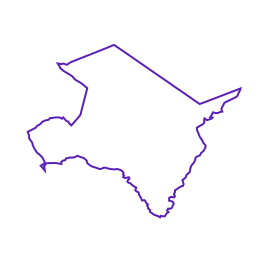 outline of Brejo da Madre de Deus, Pernambuco, Brazil, rotated 109°
{"feature_id": "56859067B57083131073603", "entity_name": "Brejo da Madre de Deus", "entity_type": "district", "adm_level": 2, "iso_a3": "BRA", "parent_name": "Brazil", "parent_adm1": "Pernambuco", "projection": "equal_earth", "projection_center": [-36.237, -8.078], "detail": "fine", "context": "isolated", "style": "outline", "palette": "violet", "viewbox_px": 256, "rotation_deg": 109, "n_neighbors": 0, "source": "geoboundaries", "source_scale": "gbopen_adm2", "svg_char_len": 2620}
<svg xmlns="http://www.w3.org/2000/svg" viewBox="0 0 256 256"><g transform="rotate(109 128 128)"><path d="M157.7,215.3L164.4,221.6L167.1,219.2L169.9,218.2L173.1,213.8L175.1,212.5L177.9,210.0L181.1,205.7L181.8,203.3L183.8,199.3L187.0,196.0L188.4,195.1L187.5,192.6L185.2,186.6L184.5,184.2L183.7,179.2L181.6,180.0L180.0,178.9L178.8,176.9L176.9,176.7L176.0,175.0L174.7,173.1L173.7,169.9L172.2,168.2L170.7,166.7L170.9,164.7L170.9,162.5L170.7,160.7L171.8,157.4L172.7,156.1L174.5,155.0L175.7,151.6L176.1,149.1L176.0,146.5L176.0,141.4L174.9,139.4L173.3,137.9L172.9,136.2L172.7,132.6L172.3,130.3L171.8,128.2L171.2,126.6L170.2,124.7L170.2,120.8L170.9,119.0L171.8,117.6L173.5,117.6L174.4,116.2L176.0,116.5L176.3,114.5L175.2,112.7L174.3,111.2L175.4,110.1L177.3,111.1L178.8,111.2L179.6,109.9L179.5,107.7L180.4,106.1L181.2,103.3L181.7,100.7L183.1,100.9L184.4,100.8L185.2,99.4L185.4,97.0L187.5,95.8L190.1,92.8L192.0,91.1L190.9,89.1L191.6,87.6L193.0,86.4L193.8,84.3L195.1,84.7L196.1,83.5L197.7,82.7L198.3,80.4L200.1,80.0L201.6,74.7L201.5,71.4L202.0,68.6L200.5,68.5L199.7,64.6L197.3,63.9L195.4,63.4L194.4,62.3L193.1,64.2L191.1,63.8L190.6,61.7L189.1,60.5L187.2,60.4L185.2,60.1L183.9,60.5L183.1,62.2L183.3,65.5L180.7,66.3L179.0,64.8L178.7,61.9L177.2,61.4L175.6,63.1L173.4,62.7L171.6,63.2L165.9,58.9L165.1,57.3L163.0,57.1L161.1,58.4L159.6,59.6L157.6,58.3L155.8,57.4L153.3,57.4L151.2,56.2L149.6,55.3L147.7,55.6L146.3,55.8L144.9,55.9L142.8,55.8L138.9,54.3L135.7,54.2L134.1,54.5L132.3,53.3L130.5,51.1L128.0,50.8L125.0,49.1L120.9,48.4L119.2,49.0L117.4,52.1L115.3,54.1L113.0,57.2L107.3,62.2L105.2,63.0L100.6,59.0L98.6,57.7L97.1,57.9L95.9,58.7L94.0,58.8L94.9,56.0L93.6,54.1L91.9,52.0L90.7,51.5L91.0,53.7L89.7,53.4L85.5,52.7L85.4,50.0L84.3,47.4L83.1,46.5L81.8,44.2L80.4,45.4L79.0,45.9L73.0,45.1L71.5,43.9L68.4,40.7L66.5,38.8L63.1,35.5L61.4,34.9L59.8,34.9L55.7,34.4L54.0,34.5L77.5,62.5L82.0,68.0L75.6,90.8L73.6,98.2L72.0,103.5L67.8,118.9L67.2,120.9L58.9,150.4L54.0,168.2L55.4,169.9L57.9,172.7L78.8,197.0L82.2,201.0L84.5,203.6L86.3,205.1L88.1,206.2L88.1,210.0L89.1,211.5L89.9,215.4L91.9,212.8L93.3,211.8L94.2,209.5L94.9,208.0L95.7,204.5L96.6,200.0L97.4,197.2L98.6,195.3L99.7,193.0L100.0,190.9L101.0,186.4L101.7,184.5L102.9,181.3L103.6,179.5L127.1,177.6L131.0,177.3L134.0,178.3L144.0,182.4L142.7,185.2L141.4,186.5L141.4,188.7L140.5,190.1L139.1,192.8L140.7,193.4L140.3,196.3L141.9,200.6L143.2,202.9L144.1,205.0L145.9,205.6L147.0,207.3L147.8,208.8L149.0,209.8L150.0,211.1L152.2,211.8L154.4,213.5L155.7,214.7L157.7,215.3ZM188.4,195.1L192.0,198.3L195.3,192.8L191.2,194.9L189.7,194.1L188.4,195.1Z" fill="none" stroke="#5b21b6" stroke-width="2"/></g></svg>